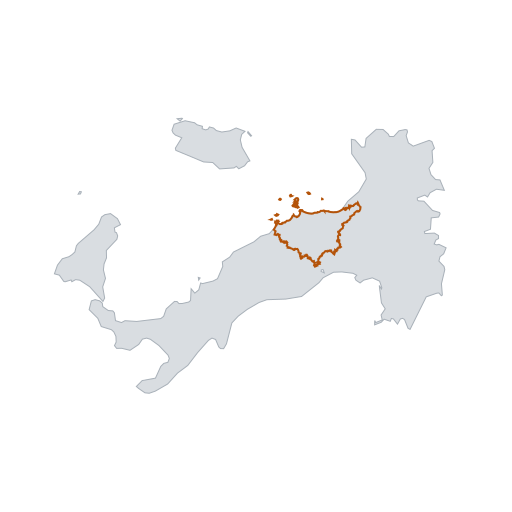 location of Toscana, Siena, Italy, rotated 105°
{"feature_id": "23120603B95153686365028", "entity_name": "Toscana", "entity_type": "district", "adm_level": 2, "iso_a3": "ITA", "parent_name": "Italy", "parent_adm1": "Siena", "projection": "mercator", "projection_center": [10.807, 43.355], "detail": "fine", "context": "in_parent", "style": "outline", "palette": "amber", "viewbox_px": 512, "rotation_deg": 105, "n_neighbors": 0, "source": "geoboundaries", "source_scale": "gbopen_adm2", "svg_char_len": 9732}
<svg xmlns="http://www.w3.org/2000/svg" viewBox="0 0 512 512"><g transform="rotate(105 256 256)"><path d="M105.8,111.5L108.7,113.2L119.8,109.4L126.6,111.6L132.2,108.0L135.7,102.3L134.9,98.0L143.8,91.1L144.8,99.0L149.8,104.2L154.6,105.6L153.5,108.7L158.2,115.2L160.1,114.6L160.7,113.4L159.6,108.0L166.3,97.3L166.5,89.9L167.7,89.1L171.1,89.7L173.8,96.6L185.0,94.4L188.8,99.7L190.6,98.7L187.7,89.6L189.0,85.0L191.9,84.2L194.0,86.4L198.3,87.0L198.5,84.3L197.4,82.4L198.9,74.5L205.3,75.3L209.1,78.1L213.6,78.0L217.4,71.7L220.4,70.1L234.8,69.7L245.5,65.9L246.4,66.7L244.4,69.8L245.1,71.7L251.4,81.0L287.0,88.2L286.5,90.4L278.9,96.1L278.3,98.3L279.5,100.3L285.2,101.7L281.2,107.0L281.3,109.1L284.3,109.4L283.9,115.9L287.6,117.9L291.8,123.6L287.6,124.6L289.3,123.1L285.1,117.5L280.6,119.9L273.6,117.5L268.8,122.7L252.6,129.3L255.4,126.3L254.2,126.2L248.3,130.1L247.0,138.0L251.5,145.8L255.1,148.5L253.5,153.2L251.3,155.0L248.5,153.7L247.6,157.9L249.2,169.1L251.6,176.9L259.6,185.5L265.5,188.3L283.3,201.5L289.9,216.1L295.4,234.2L300.1,241.0L309.8,250.6L318.7,257.6L326.9,262.0L348.5,261.8L353.9,263.3L354.6,266.3L353.5,268.4L347.1,273.4L346.7,277.3L349.8,280.1L364.4,287.4L379.4,293.6L389.4,301.5L402.5,308.2L412.6,318.3L416.2,323.6L416.9,327.8L414.4,334.9L413.0,337.8L405.8,333.7L400.0,321.5L387.3,319.4L383.6,317.3L381.5,313.6L377.4,313.2L374.6,315.2L367.6,326.6L363.8,336.4L363.6,340.4L365.7,344.2L371.8,346.4L379.7,353.3L379.9,361.9L381.3,366.7L379.2,369.5L375.3,368.8L369.9,370.5L366.2,373.6L364.6,376.6L364.2,387.2L357.1,392.7L351.0,403.3L342.0,403.4L339.8,400.1L339.8,395.3L341.3,392.3L344.6,390.9L346.9,384.6L346.1,380.1L347.5,378.1L354.8,375.0L355.1,368.7L352.4,365.8L350.1,354.3L341.1,331.8L338.2,329.6L330.3,329.0L321.0,323.0L320.4,320.5L321.9,318.1L320.9,314.8L317.9,309.1L315.9,307.7L304.4,310.2L307.7,305.5L303.5,302.5L296.4,302.5L296.5,300.5L291.4,291.1L287.9,287.3L274.7,285.4L270.4,287.0L263.9,281.1L258.0,278.8L242.9,261.7L235.7,256.6L231.0,249.0L221.8,244.1L217.6,245.3L216.6,244.3L218.8,242.8L218.3,239.9L212.1,232.4L208.4,230.0L205.8,225.1L200.6,224.0L200.8,215.2L198.8,208.9L195.3,203.6L193.3,190.9L191.7,187.3L187.9,184.6L179.3,181.5L167.3,173.3L153.1,169.4L147.3,172.2L132.5,190.0L118.6,194.1L118.3,190.4L123.6,182.2L122.5,179.1L113.9,180.1L102.5,172.6L100.9,166.0L104.1,159.7L106.0,158.1L105.0,153.9L98.1,150.3L95.3,144.7L95.1,142.8L96.9,141.8L100.9,142.1L107.3,138.1L109.2,132.6L99.5,118.7L99.9,115.8L105.8,111.5ZM254.1,189.1L254.6,185.7L251.7,187.8L252.5,189.3L254.1,189.1ZM339.5,392.1L328.7,408.7L325.0,419.9L325.5,424.1L328.5,427.2L327.0,428.4L330.3,433.7L330.3,435.1L325.4,441.0L325.4,446.1L316.2,445.4L308.8,442.4L305.1,436.5L302.2,434.0L299.0,432.0L292.6,432.1L289.8,430.9L272.6,419.2L266.0,416.1L258.3,415.3L255.2,412.7L252.7,407.5L255.8,399.5L260.8,395.0L265.4,400.1L269.4,398.4L269.6,396.8L272.4,394.8L275.9,394.7L289.4,402.0L296.5,399.9L303.0,400.7L308.9,399.8L316.6,395.6L325.5,396.1L335.8,391.3L339.5,392.1ZM176.6,300.0L181.3,313.7L176.9,322.0L178.7,330.9L174.7,360.8L172.7,361.8L161.0,358.3L160.1,365.1L158.6,367.9L156.3,369.7L149.9,369.2L143.7,359.5L143.2,349.8L144.5,346.9L144.6,341.3L147.0,341.0L147.2,337.2L145.8,335.1L143.4,334.4L143.4,330.1L145.1,326.8L145.1,321.1L141.9,313.7L137.5,308.3L138.4,298.9L142.2,301.3L147.9,301.2L154.6,297.6L165.7,286.5L167.2,288.5L171.8,290.4L176.2,295.2L174.5,298.2L176.6,300.0ZM197.3,228.0L198.3,230.3L198.0,233.4L195.7,231.6L190.2,232.3L189.6,230.7L196.4,229.3L197.3,228.0ZM145.3,364.3L143.8,367.7L142.1,363.2L142.3,362.6L145.3,364.3ZM141.7,292.1L139.2,296.0L137.9,295.9L141.0,291.4L141.7,292.1ZM242.3,443.8L239.3,443.0L239.2,441.3L241.5,441.6L242.3,443.8ZM294.1,305.1L291.6,306.2L291.7,304.3L294.1,305.1Z" fill="#d9dde1" stroke="#a8b0b8" stroke-width="1"/><path d="M187.1,183.7L187.7,184.3L187.6,184.1L187.9,184.1L188.4,184.3L190.3,186.1L191.7,187.7L193.0,190.0L193.2,190.8L192.9,190.5L193.7,192.3L194.2,195.2L194.3,197.1L193.9,197.5L194.2,198.3L194.8,201.3L194.5,202.0L194.9,201.6L194.9,201.0L195.0,201.5L195.3,201.0L195.2,201.4L194.6,202.0L194.8,201.9L194.6,202.2L194.9,202.0L194.7,202.2L194.9,202.4L194.6,202.3L194.6,202.6L195.2,203.4L195.6,205.1L197.0,206.0L197.5,206.9L197.6,207.8L198.2,207.9L198.7,209.6L198.1,209.5L198.7,209.6L198.8,209.6L199.1,210.8L200.2,211.9L200.8,213.4L201.2,216.5L201.2,219.2L200.8,222.0L200.5,222.3L200.6,222.8L200.4,223.1L200.0,222.9L199.7,223.2L200.1,225.3L201.4,225.7L201.7,225.3L201.4,225.4L201.3,225.1L201.5,225.2L201.8,224.7L201.5,224.7L201.8,224.6L204.1,224.5L205.9,224.9L207.6,226.1L208.0,226.9L207.5,227.6L207.6,229.0L207.2,229.8L206.5,230.0L206.6,229.8L206.4,230.1L207.9,231.1L209.9,231.4L212.4,232.5L213.4,233.6L214.0,235.4L216.1,236.6L216.0,237.1L216.5,237.5L217.1,239.1L217.4,239.3L217.5,239.0L218.0,238.9L218.6,239.8L219.0,241.2L218.4,243.3L218.1,243.6L217.1,243.6L216.6,243.1L216.3,243.8L216.1,243.8L216.4,245.2L217.2,245.4L217.9,246.0L217.9,246.3L218.3,246.1L218.9,246.2L219.0,245.6L219.5,245.3L219.3,245.2L219.5,245.0L219.5,244.8L219.4,244.9L219.4,244.6L220.3,244.2L221.2,244.2L221.6,244.7L223.3,244.9L226.0,245.7L226.1,245.3L226.0,245.1L226.7,244.4L227.0,243.5L230.5,243.6L230.5,241.6L229.7,241.4L229.6,241.0L229.0,240.6L229.2,240.0L229.7,239.7L229.7,239.4L229.5,238.7L230.0,238.6L230.4,239.1L230.7,238.7L231.2,238.8L232.2,238.2L232.2,237.7L233.1,237.1L233.7,237.3L234.2,236.6L234.1,236.1L234.9,236.3L235.7,235.6L235.5,235.0L235.0,234.9L235.1,234.3L234.8,233.5L235.5,233.6L236.0,232.2L234.9,231.7L235.0,231.4L234.0,230.7L234.2,230.1L234.8,229.4L235.6,230.4L235.9,229.3L236.8,228.7L238.0,228.9L238.0,228.6L238.5,228.3L239.0,227.6L239.8,227.6L239.7,226.4L239.1,226.3L239.1,225.5L239.6,224.7L239.5,223.6L240.4,220.9L240.2,220.4L239.7,220.2L239.3,220.8L238.8,220.0L239.0,219.3L238.5,218.0L238.7,217.9L238.9,217.2L240.6,216.0L241.5,215.8L242.1,214.2L241.8,213.6L242.2,213.3L243.4,214.0L244.2,213.3L244.9,213.3L245.6,212.6L246.6,212.3L247.0,211.8L246.2,211.1L245.7,212.3L244.5,211.9L244.3,211.3L244.6,210.6L244.3,209.4L243.7,208.9L243.0,209.1L243.0,207.8L241.8,207.9L241.6,207.3L242.4,206.4L243.1,206.6L243.7,205.6L244.4,205.1L244.8,205.2L244.8,204.9L243.5,204.2L243.4,203.7L243.8,202.9L244.0,203.1L244.7,202.8L245.0,203.1L245.3,201.8L246.7,200.0L245.9,198.8L247.2,198.3L247.7,197.7L247.5,197.3L248.3,197.5L249.0,197.2L249.2,196.7L249.1,195.9L249.3,195.5L249.6,196.9L249.5,197.5L250.0,197.5L249.9,196.3L250.6,196.6L251.0,196.3L249.8,194.7L248.6,194.2L247.8,194.4L247.6,194.7L247.1,194.4L246.6,194.5L246.2,195.4L245.3,194.3L242.8,195.1L242.3,194.5L242.0,194.6L241.1,194.1L240.5,194.3L239.6,193.8L239.5,193.2L238.7,193.1L238.5,192.4L237.8,192.6L237.3,192.2L236.6,192.6L236.0,192.2L235.1,191.1L233.6,190.5L233.0,189.6L233.3,188.3L232.3,187.8L232.5,187.0L231.5,186.3L231.3,185.7L231.5,185.4L231.4,185.2L231.8,185.1L231.6,184.7L232.3,184.5L232.6,184.0L232.7,183.4L233.7,182.0L234.2,180.8L232.2,180.7L232.1,181.0L231.4,181.6L231.1,181.1L230.4,180.8L229.6,181.1L229.7,180.7L230.1,180.6L230.1,180.1L230.5,179.9L230.5,179.4L229.3,179.3L229.0,179.0L228.5,179.6L227.4,179.2L226.9,178.7L227.0,178.5L226.9,178.4L226.5,178.4L226.4,178.0L226.2,178.2L225.9,177.7L226.1,177.3L226.0,177.0L225.2,176.3L224.1,177.8L223.1,177.6L222.7,177.8L222.5,178.5L221.8,178.8L221.4,179.5L220.2,179.3L219.1,179.6L219.1,180.0L219.7,180.5L220.8,181.0L220.9,181.4L220.5,181.7L218.1,181.1L217.2,181.2L216.2,181.9L215.1,181.9L213.8,181.2L214.2,180.6L214.1,180.1L213.9,180.1L213.1,180.7L212.5,182.0L211.5,183.0L211.2,183.0L211.0,182.8L211.2,182.2L210.8,181.8L210.4,181.6L209.6,181.6L209.5,181.2L208.4,180.9L206.8,179.4L204.7,179.6L204.0,179.3L203.5,180.0L203.6,180.8L202.7,181.0L202.3,180.4L200.9,179.4L200.6,178.4L199.8,177.6L200.0,177.2L199.8,176.9L199.2,176.6L198.3,176.8L196.8,175.1L195.9,175.1L195.0,174.6L193.5,175.2L192.8,174.0L191.8,173.5L190.5,171.9L189.3,172.2L186.9,170.6L186.3,170.0L186.8,169.1L186.7,168.8L186.5,168.4L186.0,168.4L185.8,167.8L183.9,167.4L181.7,167.7L181.6,168.2L180.0,170.0L180.1,170.6L179.7,170.6L179.6,170.9L178.9,170.8L178.1,171.5L178.8,171.6L179.2,172.9L179.9,173.1L180.3,173.8L181.3,174.6L181.6,174.5L182.6,175.1L182.8,175.8L182.7,176.5L183.2,176.9L182.8,178.0L183.0,178.5L183.7,177.5L184.1,177.4L184.3,177.8L184.8,177.9L184.5,178.0L183.7,179.1L185.9,179.0L186.1,179.9L185.9,180.1L186.5,180.9L186.5,181.3L186.2,181.6L186.4,181.8L187.2,180.8L187.9,181.0L188.5,181.6L188.3,182.3L187.5,182.9L187.1,183.7ZM197.9,227.5L197.2,228.3L196.9,229.2L196.4,229.5L196.3,230.2L195.9,230.3L195.1,229.9L195.6,229.5L194.6,229.5L193.8,229.0L194.1,229.5L193.7,229.7L193.9,230.0L193.3,230.2L193.3,230.6L191.7,229.7L191.4,229.9L190.4,229.8L189.5,230.5L189.4,231.4L189.9,232.3L190.9,232.9L190.8,232.6L191.6,232.5L193.1,232.9L193.0,232.2L194.4,232.5L194.5,231.9L194.8,231.7L195.1,231.7L195.3,232.5L195.5,232.2L195.3,231.6L196.0,231.5L196.3,231.7L196.8,233.2L197.4,233.5L197.8,233.3L198.1,233.6L198.4,233.2L198.4,232.6L197.7,232.2L197.7,231.8L197.1,231.7L198.4,231.0L198.3,230.4L198.5,230.2L198.2,229.6L198.7,228.4L197.9,227.5ZM211.2,245.6L210.5,245.3L210.5,246.1L210.2,246.0L210.1,246.6L210.6,246.6L211.6,248.0L211.9,247.4L211.6,246.7L211.8,246.5L211.2,245.6ZM181.9,220.0L181.2,220.8L181.2,221.4L181.0,221.9L181.5,222.7L182.3,221.8L182.5,221.1L182.4,220.8L182.2,220.9L182.2,220.4L181.9,220.0ZM245.6,192.5L245.5,193.1L245.9,193.8L246.3,194.0L246.7,193.5L247.5,193.4L247.1,192.5L246.8,192.8L245.6,192.5ZM188.8,236.8L188.8,237.7L188.4,238.0L187.9,238.1L188.0,238.5L189.0,238.8L189.4,238.4L189.2,238.2L189.4,238.0L189.0,237.5L189.0,237.0L188.8,236.8ZM195.5,247.0L194.7,246.7L194.6,246.9L194.4,247.4L194.6,247.9L195.2,248.1L195.2,247.8L195.6,247.7L195.5,247.0ZM216.7,249.9L216.2,250.3L216.7,250.9L216.6,250.3L216.9,250.3L216.7,249.9ZM183.9,206.4L183.7,206.5L183.6,207.0L184.1,206.9L183.9,206.4Z" fill="none" stroke="#b45309" stroke-width="2"/></g></svg>